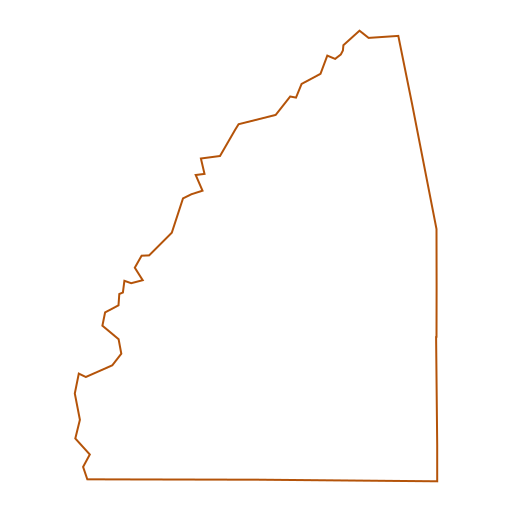 Rankin, Mississippi, United States of America
{"feature_id": "52423323B65726573708010", "entity_name": "Rankin", "entity_type": "district", "adm_level": 2, "iso_a3": "USA", "parent_name": "United States of America", "parent_adm1": "Mississippi", "projection": "orthographic", "projection_center": [-90.031, 32.32], "detail": "fine", "context": "isolated", "style": "outline", "palette": "amber", "viewbox_px": 512, "rotation_deg": 0, "n_neighbors": 0, "source": "geoboundaries", "source_scale": "gbopen_adm2", "svg_char_len": 778}
<svg xmlns="http://www.w3.org/2000/svg" viewBox="0 0 512 512"><path d="M398.3,35.9L368.6,37.9L359.5,30.7L343.4,45.2L342.9,50.5L340.8,54.5L335.1,58.9L327.3,55.6L320.5,73.8L301.6,83.9L296.0,97.6L290.2,96.5L275.7,114.9L238.6,124.2L235.3,129.5L220.0,156.0L200.9,158.5L204.5,173.9L195.7,175.0L202.5,190.7L191.5,194.2L183.0,198.4L171.8,232.7L149.1,255.4L141.6,255.7L134.8,267.7L139.4,275.0L142.7,280.2L131.2,283.2L124.4,280.8L122.9,292.5L119.3,294.0L118.5,305.3L105.1,312.4L102.4,325.7L118.6,339.2L121.3,353.7L112.3,365.3L85.8,377.0L78.8,373.6L74.8,393.5L79.9,419.8L75.3,438.5L89.8,454.5L83.1,466.9L87.3,479.3L113.4,479.4L258.9,479.7L437.2,481.3L437.2,445.3L436.1,337.0L436.5,336.9L436.6,287.2L436.5,229.1L412.2,104.6L398.3,35.9Z" fill="none" stroke="#b45309" stroke-width="2"/></svg>